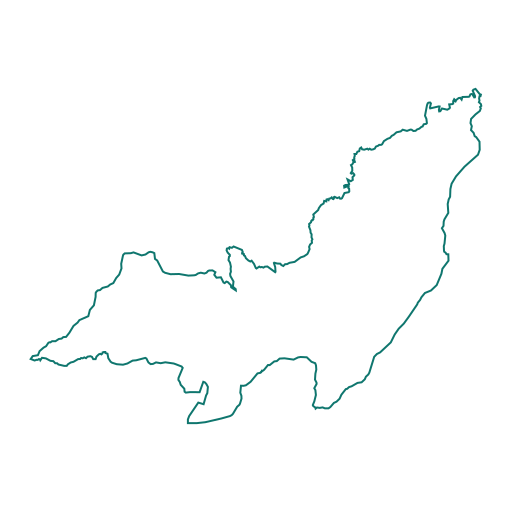 Albania, Santander, Colombia (Albers equal-area conic projection)
{"feature_id": "7082276B24505631438522", "entity_name": "Albania", "entity_type": "district", "adm_level": 2, "iso_a3": "COL", "parent_name": "Colombia", "parent_adm1": "Santander", "projection": "albers", "projection_center": [-73.837, 5.791], "detail": "fine", "context": "isolated", "style": "outline", "palette": "teal", "viewbox_px": 512, "rotation_deg": 0, "n_neighbors": 0, "source": "geoboundaries", "source_scale": "gbopen_adm2", "svg_char_len": 6046}
<svg xmlns="http://www.w3.org/2000/svg" viewBox="0 0 512 512"><path d="M424.9,293.0L431.0,290.5L436.7,285.1L441.4,273.8L442.4,268.8L448.5,260.7L448.3,254.3L446.5,254.2L445.6,252.7L444.2,251.7L444.0,250.7L443.8,246.1L444.5,243.6L445.3,235.6L444.6,233.1L441.9,228.2L443.5,225.9L443.7,221.7L444.4,219.4L448.3,212.9L447.7,204.0L448.7,199.4L450.1,196.8L450.4,189.0L451.6,183.7L456.0,176.4L464.5,166.7L478.0,154.7L479.7,149.8L479.5,141.7L476.2,137.1L474.7,136.2L473.6,132.8L471.0,130.1L471.8,126.2L470.5,123.1L471.1,118.9L475.5,114.4L479.8,111.0L480.8,108.4L480.1,107.0L481.3,105.9L480.9,104.1L478.9,102.2L479.5,100.7L479.1,98.5L479.4,96.8L479.6,96.1L480.5,96.1L480.9,94.6L479.7,94.1L475.5,88.9L473.4,89.7L472.7,90.7L475.1,96.2L474.9,97.3L474.2,97.4L472.3,94.2L471.4,94.0L470.3,94.5L469.5,96.4L468.8,96.8L462.4,97.0L461.6,99.6L460.2,97.8L458.6,98.1L456.3,99.9L455.5,101.5L454.7,101.1L454.7,99.7L454.2,99.2L453.2,101.1L453.2,103.6L452.3,104.1L449.2,104.4L449.9,107.7L449.5,108.4L447.3,109.7L442.0,108.5L440.3,111.2L439.2,111.4L438.9,109.9L439.6,106.5L438.8,106.4L430.2,108.4L429.9,107.7L430.9,103.4L430.1,102.5L428.4,102.7L427.7,103.3L427.0,105.2L425.0,115.7L426.4,118.9L426.9,123.1L426.3,123.8L423.7,124.3L422.6,126.5L421.5,126.8L419.4,128.6L417.0,129.5L415.6,130.8L413.4,131.0L411.6,129.7L410.4,129.6L407.0,130.9L402.7,129.7L400.7,131.4L396.5,132.3L393.6,134.9L391.8,135.8L390.0,137.9L387.5,138.8L383.9,141.1L382.1,144.3L381.0,144.9L379.1,144.9L378.4,145.6L375.9,146.6L374.8,148.6L373.0,149.4L371.2,149.7L369.7,148.7L368.4,149.6L367.3,148.7L364.2,149.7L362.1,149.3L361.2,147.5L359.8,148.5L359.2,151.2L357.4,151.7L356.3,154.0L354.5,154.0L354.8,155.9L354.2,157.3L354.4,158.9L352.8,160.1L353.0,160.7L354.5,160.8L354.9,161.9L353.4,162.4L352.3,164.3L351.0,165.1L352.2,167.5L352.3,170.8L350.8,173.1L351.4,173.7L353.2,173.2L354.3,174.5L354.3,175.4L352.5,177.2L352.8,179.9L350.8,181.2L347.5,179.4L349.2,184.2L348.8,184.8L345.4,185.0L344.1,185.7L344.3,187.5L346.9,186.5L348.6,186.7L348.3,188.0L349.1,188.6L349.3,191.3L348.7,192.2L344.5,193.0L342.0,198.2L341.2,198.7L340.1,198.7L339.2,197.3L337.2,198.1L334.6,196.8L334.0,197.1L333.9,198.4L333.4,199.1L332.7,198.9L331.7,197.4L330.5,198.4L329.2,198.6L328.6,200.1L327.4,199.2L326.5,199.5L326.3,201.4L324.2,200.9L323.6,203.5L321.0,205.1L318.8,208.2L318.2,210.0L313.3,214.5L313.9,217.0L313.3,217.8L313.4,219.2L312.6,220.2L312.2,220.0L311.3,220.8L311.0,222.3L309.1,224.0L309.4,225.6L309.0,226.6L310.4,230.2L310.6,232.7L311.6,234.3L311.5,237.4L312.4,239.3L311.7,240.6L312.0,242.8L310.1,244.5L309.1,246.9L309.6,249.1L308.0,252.9L307.3,254.1L304.0,256.3L300.7,257.4L294.6,261.9L289.5,262.8L287.1,264.1L285.1,264.2L283.3,266.0L281.3,265.0L280.4,263.7L277.1,263.5L274.2,262.7L273.9,263.0L275.2,267.1L275.5,271.8L275.2,272.2L267.4,266.5L264.8,266.7L263.5,267.6L261.8,267.0L260.4,267.3L259.3,266.6L256.5,268.5L255.8,268.0L254.0,263.9L251.6,260.7L250.3,261.5L248.4,260.5L245.9,258.2L245.0,256.0L243.9,255.4L243.9,254.1L242.1,253.6L242.1,252.9L242.8,252.1L241.9,249.9L233.6,246.5L231.9,247.8L229.6,247.2L229.2,248.6L228.6,248.1L226.9,248.6L226.6,250.4L227.7,252.6L229.8,254.8L229.8,256.1L229.0,256.8L228.5,260.1L230.0,262.6L230.9,266.7L230.6,268.8L230.9,271.7L230.1,273.9L230.4,276.0L233.5,281.5L232.9,286.7L235.7,289.1L235.8,290.4L231.2,287.3L230.9,285.2L227.7,282.0L226.4,281.6L224.7,283.1L223.5,282.5L220.9,277.3L216.5,277.7L214.3,274.8L215.4,272.2L212.5,270.4L209.2,270.5L208.0,271.0L206.5,272.7L204.4,273.5L200.8,272.7L198.1,273.4L195.7,275.0L194.1,275.3L188.4,275.6L179.1,274.0L170.5,274.2L165.1,272.8L162.9,271.5L157.2,260.5L155.0,258.9L154.3,253.1L152.6,252.3L150.3,251.8L148.6,252.3L145.5,254.5L141.6,255.4L133.5,252.4L130.8,253.2L124.7,253.4L123.3,254.7L122.9,255.9L121.2,263.8L121.5,268.4L119.2,274.6L116.2,278.0L113.3,283.1L110.2,284.5L107.8,286.5L102.5,287.9L100.0,290.1L97.8,290.4L96.4,291.7L95.7,292.9L95.6,296.9L93.9,305.3L89.9,309.9L88.3,316.2L79.4,320.1L77.6,322.6L73.5,325.9L69.4,332.7L66.1,336.9L63.3,337.1L61.6,338.6L58.8,339.0L55.5,341.2L52.1,341.2L50.3,342.4L49.3,342.3L48.3,342.9L46.1,346.2L43.6,347.6L39.6,351.1L37.9,355.2L32.7,356.1L30.7,359.0L34.6,360.5L36.6,359.8L37.7,359.9L38.8,359.1L39.8,359.2L40.3,360.3L42.0,357.8L45.9,358.4L50.4,360.8L53.4,361.2L55.2,363.2L57.2,363.3L58.4,364.5L64.3,365.9L66.7,365.9L67.9,364.3L70.7,362.5L73.5,361.8L78.1,359.1L80.1,359.0L81.1,358.0L82.7,358.3L84.3,357.4L86.0,358.2L87.5,356.7L90.4,356.2L92.0,356.9L93.2,359.1L95.6,359.1L96.5,356.6L98.9,354.3L100.3,353.8L101.4,354.4L102.4,353.5L102.6,352.4L103.9,352.0L105.3,352.0L105.4,353.0L107.5,353.7L108.3,358.2L110.6,361.7L112.0,362.7L116.7,364.2L123.0,364.7L127.4,363.5L132.6,360.6L136.1,360.3L145.3,357.9L146.4,358.5L148.4,362.4L150.6,364.1L153.0,363.9L156.0,362.4L160.7,363.2L165.3,362.3L173.7,363.5L175.7,364.2L181.6,366.5L182.7,367.9L178.5,378.0L178.4,379.9L179.8,382.0L180.7,384.8L184.3,388.7L184.6,391.7L185.8,392.6L190.2,392.1L199.6,392.2L203.3,381.8L204.9,382.4L206.4,384.1L207.9,386.9L207.3,393.2L206.1,395.4L203.6,404.2L198.3,402.6L189.2,416.0L187.9,419.4L187.9,423.1L197.1,423.1L205.3,422.2L221.3,418.5L229.9,416.1L231.6,415.2L232.9,413.9L237.2,406.7L239.4,404.8L240.0,403.6L241.5,398.6L241.4,395.8L240.3,392.7L241.0,385.7L243.5,385.8L245.9,385.3L250.6,381.8L257.5,373.4L260.4,372.8L260.8,372.1L261.3,372.1L261.9,370.7L262.6,370.9L264.1,369.8L268.0,365.0L269.7,365.1L274.3,361.4L276.8,361.1L279.6,358.6L284.5,358.3L293.6,359.6L298.1,357.4L300.6,357.0L306.8,357.3L311.5,361.8L315.2,363.2L316.0,365.4L316.3,369.6L315.4,373.6L315.0,379.6L316.5,382.6L316.6,383.9L314.3,388.2L315.4,390.2L315.9,395.0L314.3,401.4L312.8,405.1L313.3,406.1L315.3,407.5L315.6,408.6L317.0,407.5L319.7,407.9L322.6,407.4L324.8,408.3L328.5,408.3L330.3,407.1L333.9,402.9L336.5,401.7L339.6,398.7L341.4,394.7L345.8,389.1L347.2,388.8L349.0,387.1L351.6,386.3L357.5,382.9L361.6,382.3L364.8,379.3L365.9,376.7L368.3,374.5L369.3,372.7L374.2,356.8L376.9,354.0L380.1,352.4L390.8,342.4L394.7,334.5L398.7,328.7L403.8,323.6L408.9,316.6L417.2,304.4L417.8,302.7L420.1,299.9L421.4,297.3L424.9,293.0Z" fill="none" stroke="#0f766e" stroke-width="2"/></svg>